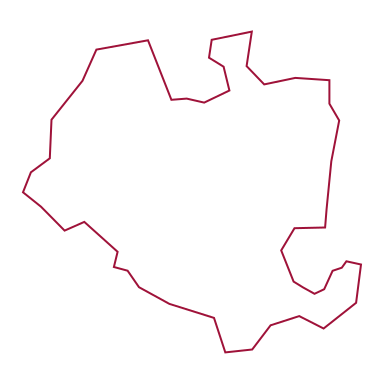 Kushtepa, Ferghana, Uzbekistan
{"feature_id": "79887680B56995537187313", "entity_name": "Kushtepa", "entity_type": "district", "adm_level": 2, "iso_a3": "UZB", "parent_name": "Uzbekistan", "parent_adm1": "Ferghana", "projection": "mercator", "projection_center": [71.644, 40.53], "detail": "fine", "context": "isolated", "style": "outline", "palette": "rose", "viewbox_px": 384, "rotation_deg": 0, "n_neighbors": 0, "source": "geoboundaries", "source_scale": "gbopen_adm2", "svg_char_len": 704}
<svg xmlns="http://www.w3.org/2000/svg" viewBox="0 0 384 384"><path d="M361.0,264.5L346.4,261.3L341.8,267.7L332.6,270.8L324.2,289.2L314.5,293.8L303.0,287.4L293.6,281.6L281.2,250.4L294.5,228.2L325.1,227.5L326.6,208.9L331.3,161.3L339.2,120.5L329.4,103.7L329.4,80.2L295.3,77.9L264.2,84.4L246.6,66.1L251.8,31.6L211.7,39.8L209.0,57.7L223.6,66.7L229.4,90.5L204.2,102.6L186.7,98.6L171.4,99.8L148.0,40.3L96.4,49.6L82.5,80.8L51.5,119.7L49.8,158.3L30.9,172.3L23.0,192.3L41.0,206.7L64.6,230.6L84.3,221.9L117.6,251.8L113.9,267.0L127.6,270.7L139.0,287.2L169.4,303.9L214.0,317.9L225.3,352.4L252.2,349.5L270.6,325.3L299.2,316.1L323.6,328.5L356.1,302.8L361.0,264.5Z" fill="none" stroke="#9f1239" stroke-width="2"/></svg>